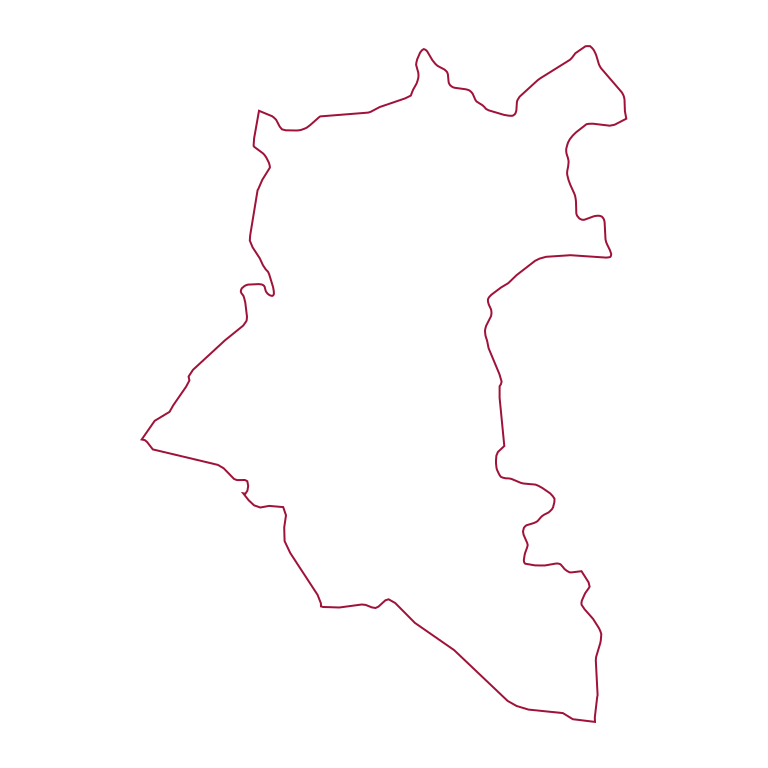 Dar`a, orthographic projection
{"feature_id": "SYR-146", "entity_name": "Dar`a", "entity_type": "Province", "adm_level": 1, "iso_a3": "SYR", "parent_name": "Syria", "parent_adm1": "", "projection": "orthographic", "projection_center": [36.277, 32.826], "detail": "fine", "context": "isolated", "style": "outline", "palette": "rose", "viewbox_px": 768, "rotation_deg": 0, "n_neighbors": 0, "source": "natural_earth", "source_scale": "10m", "svg_char_len": 4737}
<svg xmlns="http://www.w3.org/2000/svg" viewBox="0 0 768 768"><path d="M237.1,480.1L234.1,479.0L223.7,468.3L217.9,464.9L152.8,449.4L147.3,442.3L147.3,442.2L144.8,440.1L141.7,439.5L154.7,420.8L164.8,414.7L169.5,411.9L173.3,405.2L186.1,386.7L189.4,380.5L188.6,376.5L193.0,369.8L225.0,340.3L243.2,325.6L246.3,321.2L246.7,320.1L247.0,316.8L245.3,302.7L244.3,298.5L243.4,295.7L241.9,293.9L241.3,292.9L240.8,291.7L241.0,290.1L241.8,288.3L244.4,286.1L246.3,285.1L248.1,284.6L258.8,284.1L261.8,284.5L262.9,285.0L263.9,285.7L264.6,286.7L264.9,287.9L265.6,290.5L266.0,291.6L266.8,292.6L267.4,293.5L268.4,294.3L269.4,295.0L270.4,295.5L271.5,295.8L272.6,295.8L273.4,295.1L273.9,294.0L273.8,291.2L273.1,287.2L269.2,274.4L268.1,271.9L265.6,269.2L263.0,265.3L259.8,258.4L259.7,258.2L252.7,247.5L249.8,240.6L250.2,235.2L257.6,190.1L258.3,189.0L262.3,179.8L269.9,167.6L269.7,165.6L268.9,162.7L266.1,157.2L264.3,154.7L262.8,153.2L254.3,146.9L253.6,145.8L254.1,138.4L259.0,110.8L272.1,116.2L273.7,117.4L276.1,119.7L279.7,126.6L281.9,129.3L285.8,130.3L297.4,130.5L300.8,130.0L304.5,128.7L306.7,127.7L310.4,124.9L319.3,117.0L320.3,116.4L368.2,112.6L370.7,111.8L379.8,107.0L405.1,98.4L410.8,95.6L413.0,89.9L416.5,83.7L417.4,81.2L418.2,78.4L418.2,78.2L418.4,77.1L418.5,75.7L418.3,72.8L416.1,64.8L416.4,62.5L417.2,59.3L420.1,52.6L422.0,50.2L423.8,49.1L424.9,49.5L425.9,50.1L426.8,50.9L427.5,51.9L432.4,60.2L435.3,63.8L437.0,65.4L438.0,66.1L444.4,69.5L445.4,70.3L446.2,71.1L447.0,72.0L447.5,73.1L447.9,74.4L448.6,81.8L448.9,83.1L449.5,84.2L450.1,85.2L451.1,86.0L452.0,86.7L453.1,87.3L454.8,87.8L465.9,89.3L468.5,90.0L469.6,90.6L471.4,92.1L472.1,93.0L472.8,94.0L475.3,99.7L475.9,100.7L476.7,101.6L482.7,105.4L484.5,107.1L486.0,108.9L488.6,110.3L504.1,114.9L508.9,115.7L512.2,115.8L513.3,115.4L514.7,114.3L515.2,113.7L515.7,112.7L516.1,111.4L516.4,110.0L516.9,102.2L517.2,100.9L517.7,99.7L519.6,96.7L537.8,80.1L540.2,78.4L540.3,78.3L570.1,59.7L572.1,57.6L575.3,53.3L585.4,46.3L587.5,46.1L590.0,46.1L592.1,48.0L593.2,49.3L594.1,50.7L595.2,52.9L596.2,55.2L598.8,64.0L599.8,66.2L601.1,68.3L621.6,92.1L622.4,93.3L623.5,95.5L623.9,96.7L624.2,98.0L624.5,99.4L624.9,111.1L626.3,118.7L614.7,124.7L609.8,125.7L592.9,123.7L589.0,123.8L586.5,124.2L576.2,132.2L572.8,135.5L569.9,139.1L568.1,142.4L567.0,145.8L566.2,149.1L566.2,151.1L566.4,152.9L566.7,154.2L567.9,157.9L568.5,160.6L568.6,162.2L568.1,166.7L567.3,170.6L567.1,172.9L567.2,174.7L568.5,179.9L570.3,184.8L574.4,193.8L575.2,196.3L575.7,199.1L576.0,202.0L576.3,213.2L576.6,214.5L577.1,215.7L578.6,217.6L579.3,218.4L580.3,219.0L581.4,219.5L582.6,219.8L583.6,219.8L584.5,219.7L593.8,216.3L595.1,216.0L598.0,215.7L599.4,215.8L600.9,216.2L601.9,216.7L602.7,217.5L603.4,218.5L604.0,219.6L604.6,222.1L605.5,239.3L605.8,240.6L606.1,241.9L607.1,244.4L609.9,250.1L611.2,253.9L611.0,255.7L610.3,256.9L609.0,257.3L606.1,257.6L570.5,255.2L546.1,256.8L539.6,258.6L535.1,260.8L516.6,275.1L508.2,283.2L501.0,287.5L491.3,294.8L489.2,297.0L488.0,299.1L487.9,300.6L488.1,302.1L488.8,304.6L490.4,308.0L490.9,309.1L491.3,310.5L491.4,311.8L491.5,313.3L491.3,314.6L491.1,316.0L486.1,325.9L485.4,328.4L485.1,329.8L485.0,331.3L485.5,335.7L487.1,340.8L488.6,348.2L499.4,374.1L501.6,381.6L501.0,384.0L500.7,384.6L499.6,386.3L499.6,397.8L504.3,446.0L497.9,452.0L496.4,455.6L496.0,460.2L496.0,463.4L496.5,467.8L496.9,469.5L497.8,471.5L499.3,474.6L500.3,476.1L501.1,477.0L503.0,477.7L505.7,478.3L508.6,478.4L510.0,478.6L511.4,478.9L520.7,482.8L523.4,483.5L535.5,484.6L538.4,485.8L542.2,487.9L550.1,493.3L552.9,496.3L554.5,498.8L554.4,501.9L553.1,507.2L552.5,508.3L551.9,509.3L550.2,511.0L548.5,512.5L544.1,514.7L542.1,516.1L541.2,516.9L538.1,520.5L537.3,521.3L536.3,521.9L534.0,523.0L526.4,525.3L525.2,526.3L523.9,527.8L523.0,531.5L523.6,534.8L527.2,543.0L527.7,545.2L527.0,547.8L525.0,553.3L524.5,555.7L523.8,560.3L524.2,562.4L525.2,563.7L535.2,565.4L544.7,565.5L556.2,563.5L557.6,563.5L559.1,563.8L560.5,564.3L563.0,567.1L564.5,569.0L566.8,570.8L568.9,572.0L570.1,572.4L571.6,572.4L581.5,571.2L588.6,582.4L589.6,586.7L589.0,587.8L585.1,593.3L581.9,600.5L581.4,602.9L581.6,604.8L584.6,609.3L593.0,618.8L599.1,628.4L600.5,631.6L601.3,634.2L600.8,640.3L600.3,643.0L596.1,657.0L595.8,660.3L597.6,695.1L597.2,697.0L594.8,717.5L595.0,721.7L595.0,721.9L572.8,719.2L562.9,713.1L528.6,709.6L516.6,706.0L507.6,700.9L454.1,650.1L414.9,622.9L395.2,603.0L388.6,599.3L385.4,600.3L378.5,606.6L375.5,608.0L371.9,607.4L365.6,604.9L361.8,604.5L339.3,607.5L330.6,607.2L323.2,607.0L321.0,606.4L320.9,603.3L317.6,594.9L290.3,553.1L284.6,541.1L284.2,527.5L286.0,515.3L283.2,507.1L269.1,505.9L260.3,507.5L254.0,505.3L248.6,500.2L243.2,493.3L245.4,493.7L247.4,490.7L248.2,486.0L247.3,481.2L244.9,480.0L237.1,480.1Z" fill="none" stroke="#9f1239" stroke-width="2"/></svg>